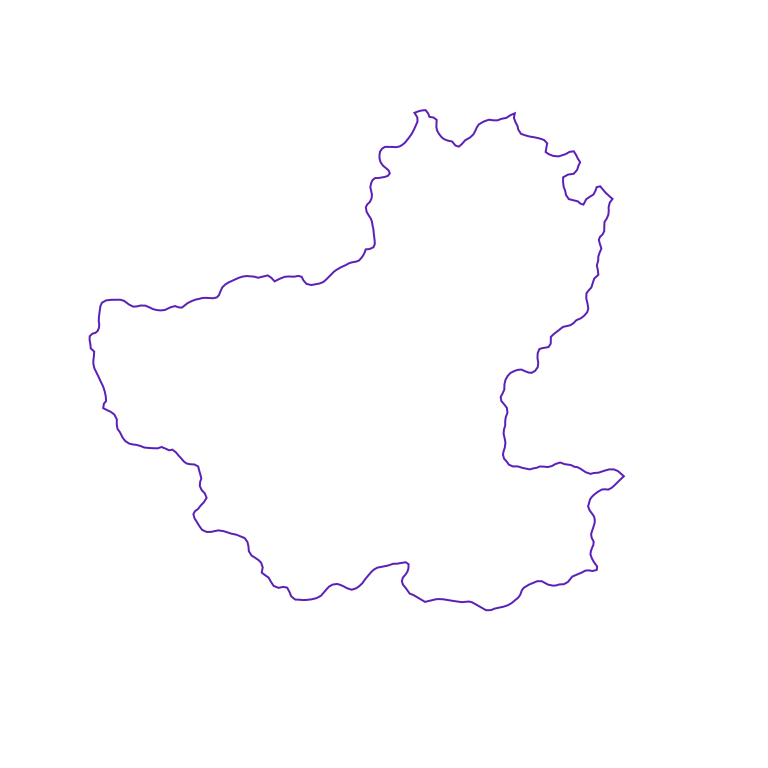 Pedra Azul, Minas Gerais, Brazil, rotated 162°
{"feature_id": "56859067B52698506217468", "entity_name": "Pedra Azul", "entity_type": "district", "adm_level": 2, "iso_a3": "BRA", "parent_name": "Brazil", "parent_adm1": "Minas Gerais", "projection": "robinson", "projection_center": [-41.204, -15.954], "detail": "fine", "context": "isolated", "style": "outline", "palette": "violet", "viewbox_px": 768, "rotation_deg": 162, "n_neighbors": 0, "source": "geoboundaries", "source_scale": "gbopen_adm2", "svg_char_len": 6166}
<svg xmlns="http://www.w3.org/2000/svg" viewBox="0 0 768 768"><g transform="rotate(162 384 384)"><path d="M237.7,144.6L239.4,149.8L240.2,154.0L240.3,158.2L238.9,161.1L236.9,163.7L234.6,166.3L233.3,169.3L234.0,173.5L233.5,177.1L231.7,179.7L229.0,183.3L226.9,186.3L225.5,189.5L225.2,193.2L226.2,196.5L227.5,200.2L227.7,204.6L225.4,208.0L223.6,210.7L220.9,212.6L218.2,213.9L213.6,215.5L209.3,216.3L206.4,215.6L203.4,214.3L200.0,214.8L197.2,215.9L187.9,220.5L184.4,222.1L188.3,228.8L191.7,231.7L196.2,233.2L199.8,233.4L207.5,233.4L211.9,234.5L215.3,234.7L219.3,237.6L223.1,242.4L225.8,245.2L228.6,246.5L230.7,248.7L233.5,250.3L236.9,251.9L240.7,254.9L246.1,254.9L249.5,254.1L253.9,254.4L258.2,256.3L261.5,257.4L264.4,257.1L268.0,257.6L271.9,257.8L278.5,261.6L282.2,264.3L287.1,265.9L290.2,268.8L291.2,272.2L292.9,275.9L292.7,280.0L291.2,282.9L288.8,286.1L286.6,290.8L286.0,295.3L285.7,299.5L284.1,303.4L281.5,307.2L280.2,311.3L278.4,314.9L275.5,318.5L274.5,323.2L275.9,327.3L277.7,331.6L277.0,335.7L274.1,338.4L271.2,341.7L269.6,346.4L267.1,350.5L263.8,353.5L260.4,355.4L255.8,356.1L252.4,356.1L248.9,355.3L245.9,352.6L242.9,350.2L240.2,349.0L236.3,349.8L232.7,352.4L230.8,356.3L230.0,361.3L228.3,365.8L225.5,369.2L222.5,369.2L219.1,368.7L216.1,368.3L213.0,370.8L210.7,377.3L206.7,379.2L201.8,380.9L196.2,383.0L188.8,382.3L185.0,383.3L181.5,385.2L176.4,385.7L172.5,387.1L168.7,389.4L166.5,392.3L165.6,397.5L165.2,402.9L163.4,407.7L159.9,410.1L157.0,411.7L154.7,414.9L151.5,419.3L146.4,421.6L145.3,427.0L145.0,430.9L142.1,435.3L140.8,439.0L138.5,442.1L135.4,445.7L135.4,450.7L135.1,454.8L133.1,457.2L130.0,458.6L127.3,461.3L125.7,466.1L124.2,470.0L121.2,472.4L118.4,475.5L116.7,479.4L115.8,482.6L113.3,486.7L109.5,489.4L111.8,493.3L114.1,497.4L115.6,501.0L117.3,505.2L120.9,505.5L123.3,502.3L126.2,499.5L130.3,498.5L134.5,497.3L138.9,493.0L141.4,494.8L143.2,497.8L151.1,502.7L152.5,507.5L152.0,511.6L152.2,515.9L151.3,520.7L149.8,525.2L144.2,526.3L138.7,525.3L134.2,527.9L131.6,531.5L128.9,534.3L130.0,538.3L130.5,542.2L131.6,546.7L135.9,547.4L140.2,546.5L147.5,546.5L152.4,548.5L156.1,551.5L158.6,554.7L156.4,558.9L154.4,562.4L156.2,566.4L159.5,569.0L162.4,570.8L165.2,572.4L169.1,574.4L172.9,576.9L176.4,579.6L177.7,584.5L177.3,588.4L178.0,592.0L178.2,597.0L176.0,601.0L180.7,600.6L185.5,599.3L190.2,599.9L194.6,599.7L198.3,600.9L202.5,602.9L206.8,602.9L210.2,602.4L213.8,601.5L216.5,599.3L218.7,596.8L221.8,593.8L226.1,591.8L231.5,590.7L235.7,588.2L239.5,586.6L242.4,588.8L244.3,593.6L248.2,595.8L251.0,598.1L252.9,600.8L254.4,604.7L255.2,608.8L254.8,612.1L253.5,615.8L252.3,618.9L254.5,622.1L258.2,624.0L258.4,627.6L259.8,631.6L263.7,632.5L266.5,632.7L271.2,632.5L269.9,627.3L271.0,623.3L273.6,620.3L277.0,616.6L280.4,613.3L283.5,611.0L286.6,608.9L289.8,606.9L292.6,605.8L295.8,605.1L299.3,605.5L302.8,606.9L306.4,608.1L309.8,609.2L312.9,608.5L315.9,606.3L317.6,603.1L318.6,599.7L318.7,595.9L317.5,592.0L313.7,585.9L313.4,582.5L315.9,580.8L319.2,580.7L325.7,581.6L328.7,582.6L331.7,581.6L334.1,579.1L336.2,575.4L336.9,568.0L338.3,564.6L341.1,561.6L344.4,560.0L346.7,557.7L347.3,553.1L346.4,548.9L345.5,545.8L345.3,542.2L345.9,538.5L346.2,534.8L347.0,531.4L348.6,523.2L349.5,520.0L351.7,517.3L356.1,516.8L359.8,517.7L361.9,514.9L364.2,512.6L366.9,510.7L369.8,509.1L373.4,509.1L376.9,509.6L380.2,509.6L383.8,508.9L389.1,508.3L393.8,507.3L397.1,506.2L402.2,503.5L406.6,501.3L410.0,499.8L414.4,499.5L422.6,500.6L426.8,503.2L428.6,507.5L429.2,511.4L432.1,513.3L436.2,513.8L442.0,515.9L445.4,516.6L449.7,516.4L453.4,515.9L456.3,515.4L458.3,519.8L461.0,523.2L467.5,523.7L470.8,523.9L474.4,526.3L478.3,527.9L481.2,529.1L484.8,529.8L489.0,529.9L496.4,529.1L500.6,528.6L504.2,527.7L507.9,525.9L511.4,522.1L513.5,519.5L516.2,518.0L520.2,518.4L523.2,519.6L526.6,520.9L529.9,521.9L533.7,522.1L537.0,522.5L541.3,522.3L545.8,521.6L552.6,519.1L555.3,520.2L558.7,522.7L563.6,522.9L569.5,522.1L573.7,523.0L577.2,524.5L580.4,526.5L583.1,529.1L586.8,532.3L591.4,533.9L594.7,534.1L598.5,535.0L601.9,538.3L605.5,543.4L608.9,545.7L617.2,548.3L622.5,549.4L627.2,548.4L629.7,545.6L632.7,539.5L634.4,535.8L635.8,532.2L636.4,528.6L637.8,525.4L640.0,522.9L642.7,521.8L645.8,522.0L649.1,520.4L650.4,516.8L650.9,512.9L651.9,508.5L649.6,504.4L651.3,500.1L653.0,496.5L654.2,493.0L654.6,488.3L653.3,479.5L652.7,474.2L651.9,468.4L651.9,463.7L652.4,458.4L653.6,453.7L656.5,451.8L658.5,447.8L655.1,444.4L652.4,441.9L649.9,438.3L649.0,433.0L650.7,428.0L651.3,423.5L650.1,420.0L649.1,413.5L647.7,409.7L644.8,406.1L641.5,404.1L638.4,402.7L634.9,400.4L631.7,397.7L627.6,395.9L623.5,394.3L619.3,392.8L615.0,392.8L611.7,390.0L608.8,387.3L605.6,387.0L603.0,383.3L601.3,379.0L599.9,376.0L598.3,372.1L596.3,369.4L593.6,367.8L589.1,366.0L586.2,362.9L586.5,359.2L586.6,355.4L586.9,350.7L589.3,347.4L590.7,343.9L590.2,339.5L588.2,335.3L587.9,330.5L592.0,327.1L595.8,325.1L599.5,322.6L603.2,321.4L605.5,319.1L605.7,314.7L604.6,310.6L603.5,305.9L602.1,301.5L598.4,298.1L594.2,296.8L586.8,296.0L582.0,293.6L578.9,291.4L575.7,289.0L571.0,286.3L564.1,280.5L562.7,275.9L563.1,271.4L564.2,266.8L563.0,261.8L560.3,258.6L557.8,255.4L556.1,252.1L556.0,247.1L558.6,242.4L556.0,238.7L553.6,235.6L552.6,230.6L551.3,226.0L547.3,222.7L542.5,222.2L539.0,220.2L538.2,215.5L537.8,210.6L535.0,206.4L531.6,205.2L528.3,203.7L524.1,202.5L519.5,201.6L514.3,201.2L509.4,202.1L505.7,204.3L502.3,206.4L498.9,208.3L494.8,209.1L490.3,208.3L487.6,206.4L485.0,204.1L482.3,201.2L478.3,198.3L473.6,198.3L470.0,199.4L466.2,201.2L462.0,204.3L457.6,207.1L453.7,209.4L450.6,210.7L447.1,211.4L440.7,210.6L436.2,210.1L430.7,210.2L427.4,209.1L418.5,207.8L416.3,205.0L417.7,201.2L419.7,198.3L422.6,196.0L425.7,194.2L427.9,191.2L428.0,187.4L426.8,184.4L425.7,181.2L424.4,176.8L421.3,174.3L412.3,164.1L401.0,163.2L398.2,162.5L394.1,160.9L385.8,156.6L377.5,152.5L370.5,150.9L367.8,149.3L356.8,137.3L352.2,135.9L348.3,136.2L339.4,135.3L334.7,135.3L330.3,136.2L322.3,139.4L319.6,141.4L316.8,145.0L314.1,147.0L308.0,148.4L299.1,149.1L294.9,147.7L290.0,142.5L285.6,140.0L282.4,139.2L279.2,139.2L274.7,138.0L270.3,138.9L264.4,142.7L253.9,143.6L250.0,144.3L246.7,143.4L243.4,141.7L239.1,141.4L237.7,144.6Z" fill="none" stroke="#5b21b6" stroke-width="2"/></g></svg>